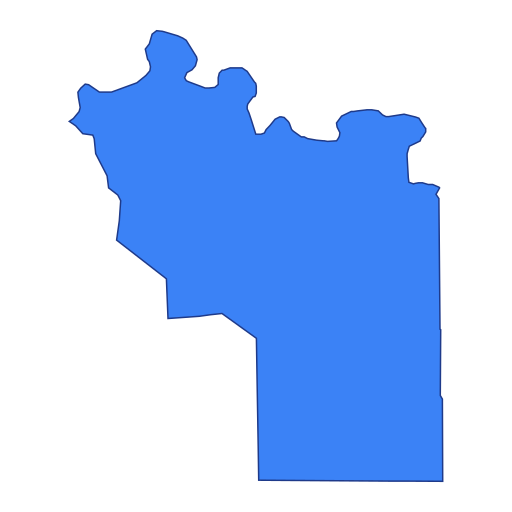 the district of Foni Jarrol, West Coast, Gambia
{"feature_id": "56634734B7386392108855", "entity_name": "Foni Jarrol", "entity_type": "district", "adm_level": 2, "iso_a3": "GMB", "parent_name": "Gambia", "parent_adm1": "West Coast", "projection": "albers", "projection_center": [-15.848, 13.224], "detail": "fine", "context": "isolated", "style": "filled", "palette": "blue", "viewbox_px": 512, "rotation_deg": 0, "n_neighbors": 0, "source": "geoboundaries", "source_scale": "gbopen_adm2", "svg_char_len": 1959}
<svg xmlns="http://www.w3.org/2000/svg" viewBox="0 0 512 512"><path d="M258.7,480.2L390.6,481.1L407.0,481.1L442.7,481.3L442.4,399.1L440.3,395.5L440.7,329.7L440.0,329.2L438.9,198.6L436.0,194.3L439.6,187.9L439.0,187.2L432.7,184.5L428.2,184.5L422.5,182.8L418.5,182.8L415.1,183.4L413.5,183.9L408.9,182.3L408.3,177.7L407.1,156.5L407.1,153.7L408.2,149.7L409.3,146.2L420.1,141.0L421.2,138.2L422.9,136.5L425.7,131.9L425.7,128.4L425.1,127.9L421.7,122.7L418.9,118.2L415.5,117.0L404.1,114.2L388.7,116.6L385.9,116.6L382.5,114.9L378.2,110.8L377.9,110.8L371.7,109.8L367.1,109.8L357.5,110.9L353.5,111.5L351.2,111.5L341.6,116.1L336.5,123.0L337.1,127.0L339.9,132.7L339.4,136.2L338.2,138.5L336.6,140.8L327.5,141.4L324.1,140.8L323.2,140.8L316.7,140.2L307.6,138.6L304.2,136.9L301.3,136.9L294.7,132.2L293.3,131.2L291.6,129.5L289.3,123.2L288.2,121.5L286.5,119.8L284.2,117.5L281.4,116.9L279.7,116.9L275.1,119.2L270.0,125.5L266.1,129.6L264.4,133.0L261.0,134.2L257.5,134.2L255.8,134.2L251.3,119.9L249.0,113.0L247.2,109.0L247.2,106.2L247.8,103.9L252.9,97.0L255.1,96.4L256.3,93.0L256.3,90.1L256.3,86.1L255.7,83.3L254.5,82.1L247.1,71.3L245.4,70.2L243.7,69.0L242.0,67.9L232.5,67.9L230.1,67.9L223.8,70.2L222.1,70.2L219.3,73.1L218.2,77.7L218.2,84.5L214.8,87.4L209.1,88.0L205.1,88.0L199.9,86.0L188.6,81.8L186.3,80.7L184.6,77.8L186.9,72.6L192.0,69.8L195.4,65.8L197.1,59.7L196.5,56.9L186.2,40.3L182.8,38.1L177.7,35.8L164.2,31.8L162.3,31.3L156.6,30.7L152.1,34.2L149.3,43.9L145.3,49.1L147.6,59.3L149.3,61.6L150.5,66.8L149.9,70.8L146.0,75.4L136.9,82.8L113.1,91.5L111.4,92.1L102.9,92.1L99.4,92.1L88.6,84.7L85.2,84.1L80.7,88.2L77.9,92.2L78.4,97.3L80.2,107.6L79.1,111.6L73.4,118.5L69.3,121.4L75.7,125.8L82.8,133.7L92.8,135.1L94.2,138.7L95.7,153.7L107.1,175.8L108.6,187.9L117.8,195.0L120.7,200.7L119.3,220.8L117.1,236.5L116.6,240.1L166.4,278.8L168.0,318.5L199.2,316.3L210.7,314.7L222.0,313.5L256.4,338.3L257.2,387.4L258.2,446.7L258.7,480.2Z" fill="#3b82f6" stroke="#1e3a8a" stroke-width="1.5"/></svg>